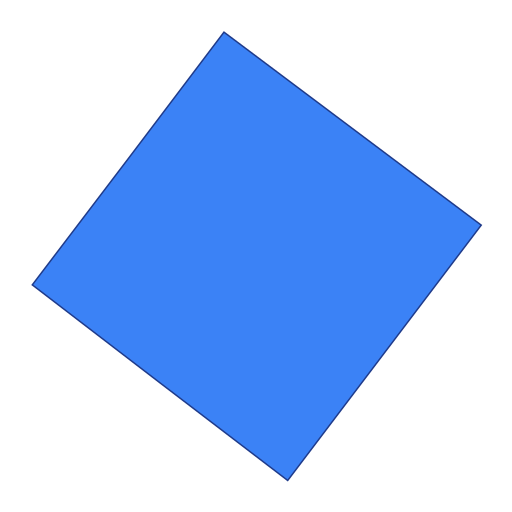 the district of Jones, Iowa, United States of America, rotated 307°
{"feature_id": "52423323B96588069122317", "entity_name": "Jones", "entity_type": "district", "adm_level": 2, "iso_a3": "USA", "parent_name": "United States of America", "parent_adm1": "Iowa", "projection": "albers", "projection_center": [-91.16, 42.121], "detail": "fine", "context": "isolated", "style": "filled", "palette": "blue", "viewbox_px": 512, "rotation_deg": 307, "n_neighbors": 0, "source": "geoboundaries", "source_scale": "gbopen_adm2", "svg_char_len": 259}
<svg xmlns="http://www.w3.org/2000/svg" viewBox="0 0 512 512"><g transform="rotate(307 256 256)"><path d="M98.3,94.7L96.9,255.5L95.8,416.4L416.2,417.3L416.0,336.9L415.5,95.7L257.3,95.4L98.3,94.7Z" fill="#3b82f6" stroke="#1e3a8a" stroke-width="1.5"/></g></svg>